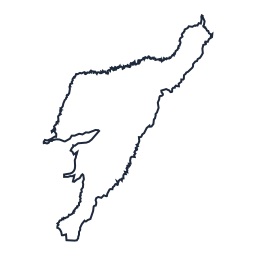 the district of Armenia, Quindío, Colombia
{"feature_id": "7082276B37596185991621", "entity_name": "Armenia", "entity_type": "district", "adm_level": 2, "iso_a3": "COL", "parent_name": "Colombia", "parent_adm1": "Quindío", "projection": "robinson", "projection_center": [-75.71, 4.492], "detail": "fine", "context": "isolated", "style": "outline", "palette": "slate", "viewbox_px": 256, "rotation_deg": 0, "n_neighbors": 0, "source": "geoboundaries", "source_scale": "gbopen_adm2", "svg_char_len": 5654}
<svg xmlns="http://www.w3.org/2000/svg" viewBox="0 0 256 256"><path d="M101.2,71.8L101.3,73.1L100.2,73.2L99.1,72.3L97.4,72.4L96.8,73.8L95.1,71.6L94.5,71.6L94.3,72.5L93.7,72.8L93.0,71.4L91.9,71.3L91.0,70.6L90.5,71.1L90.9,72.4L89.8,72.0L89.1,72.8L87.9,72.4L85.7,74.1L85.1,73.9L85.3,72.7L84.7,72.8L84.2,72.2L81.4,73.4L80.0,72.9L77.5,74.2L76.2,74.0L75.3,76.2L74.6,76.6L74.9,76.9L74.5,77.7L73.7,77.5L72.9,78.6L72.5,79.5L72.8,80.3L71.7,82.0L72.1,83.4L70.4,83.9L69.9,85.6L70.4,86.6L69.5,87.0L69.9,88.9L69.2,93.1L68.1,95.0L67.2,94.8L66.7,95.4L66.9,97.2L66.2,97.7L66.0,98.8L64.7,100.2L63.4,103.3L62.7,106.4L61.3,108.2L60.5,108.2L60.7,109.6L61.3,109.9L60.3,110.3L60.9,111.2L60.2,111.8L60.5,113.0L59.9,113.6L60.6,114.3L58.7,115.5L58.1,116.5L58.5,121.3L57.9,121.3L57.7,122.4L57.3,121.7L56.6,122.0L56.1,124.5L54.9,125.3L54.0,126.7L55.1,128.5L55.3,129.8L55.0,130.0L53.7,129.1L53.1,130.0L51.6,130.9L51.9,132.1L53.2,130.9L54.4,131.2L56.3,134.0L56.1,136.8L54.6,136.7L51.2,138.9L47.3,140.5L44.9,139.9L43.7,141.9L43.8,143.1L45.4,142.8L46.2,143.3L47.6,143.3L48.8,142.6L49.7,140.8L51.9,141.0L52.5,140.2L56.2,139.3L59.5,139.5L64.1,141.3L65.2,141.3L69.9,138.7L71.7,135.7L74.6,135.7L79.1,133.8L82.5,134.4L85.8,132.4L88.7,132.6L95.5,130.0L98.3,130.2L99.1,131.0L91.6,139.6L89.1,141.6L86.4,142.6L78.1,143.3L74.8,145.8L73.2,145.3L73.1,146.9L71.8,148.2L70.6,150.6L72.4,151.7L73.7,154.5L77.3,151.9L76.7,154.2L76.3,154.0L75.8,157.5L74.8,160.1L75.1,166.1L74.8,168.8L74.0,170.7L72.4,172.5L70.3,173.5L64.1,174.5L64.1,176.9L67.9,176.9L70.2,176.1L72.1,176.2L74.4,175.2L72.9,181.5L74.2,181.8L76.7,179.6L79.7,178.1L81.6,175.0L82.5,174.3L83.3,175.2L83.9,179.2L82.7,182.2L83.2,184.1L82.9,187.4L81.3,189.5L81.8,191.9L80.5,193.2L80.7,194.3L80.2,195.1L80.7,195.7L79.8,196.7L80.7,198.4L80.1,199.7L80.6,201.5L79.1,202.7L78.9,205.4L77.0,206.4L77.3,207.5L75.7,208.2L74.5,210.2L73.9,210.5L74.3,211.4L73.4,211.8L73.7,212.8L72.8,212.9L72.5,213.6L70.3,214.9L69.0,214.7L68.3,216.5L67.5,217.2L66.3,217.4L65.2,218.2L63.7,217.8L63.4,219.2L62.2,218.6L61.5,220.2L60.0,220.4L59.2,221.3L58.9,222.4L57.4,223.5L58.5,224.8L57.5,225.8L57.3,227.8L58.7,228.3L60.0,229.6L61.2,231.9L61.9,235.2L62.9,235.3L66.0,234.4L66.5,240.2L74.6,240.6L76.8,240.3L78.2,238.2L78.2,236.9L79.0,234.7L79.0,231.9L80.2,229.8L80.1,227.8L81.9,224.0L84.5,220.7L85.3,221.4L86.0,221.4L87.8,220.0L90.4,219.0L93.1,211.1L93.7,206.5L94.3,205.8L95.7,205.6L96.1,204.5L96.3,202.3L95.6,200.1L96.3,198.1L98.2,197.0L101.4,197.8L103.8,195.3L106.2,196.2L106.8,196.1L107.4,193.6L109.5,189.6L110.3,189.1L112.4,189.2L112.9,187.1L114.1,186.2L115.3,184.2L115.9,184.0L117.3,184.9L117.8,184.7L117.9,183.5L117.1,181.4L118.3,182.3L119.0,180.5L120.1,179.5L120.8,179.4L121.8,180.5L122.0,178.6L123.5,178.4L123.3,175.9L123.7,174.6L124.2,174.0L125.8,174.1L125.0,171.8L127.3,172.3L127.0,171.0L127.4,170.1L126.5,168.4L126.9,167.7L127.6,167.8L127.4,165.7L127.9,165.5L129.0,166.5L129.9,165.3L129.0,163.6L130.6,163.5L130.1,160.6L130.7,157.5L132.0,156.7L134.7,157.0L134.1,155.0L135.4,153.6L134.4,152.2L135.2,150.8L137.1,149.6L137.1,149.1L135.9,148.9L135.7,148.0L138.0,146.1L136.7,144.8L138.2,144.0L139.3,141.1L138.9,137.1L140.6,137.1L141.3,136.7L142.3,134.4L144.1,133.1L146.7,128.0L149.5,125.6L149.9,126.7L151.5,126.5L153.4,124.0L153.9,119.4L155.0,118.3L155.7,115.2L155.5,114.2L157.0,112.3L158.6,107.9L157.8,102.6L159.2,99.3L159.4,97.1L160.1,96.0L161.8,95.8L162.9,94.8L162.8,93.8L161.5,92.2L161.3,90.6L166.2,89.1L169.3,90.5L170.5,92.1L171.7,92.0L172.1,91.6L172.2,88.9L173.2,87.8L174.8,87.7L175.0,86.6L176.0,85.6L176.7,86.1L178.9,86.3L178.7,83.7L181.3,81.8L181.3,79.5L183.1,79.6L183.8,78.9L184.0,75.2L185.9,73.5L186.2,72.6L188.0,71.8L192.4,67.6L193.0,66.4L193.1,64.1L195.3,61.5L197.0,61.0L197.7,59.1L200.0,57.8L201.4,55.7L202.8,53.2L202.4,48.6L203.3,44.9L205.8,44.2L205.9,43.5L205.1,42.4L205.4,41.6L207.8,41.8L208.9,39.1L212.0,37.1L212.3,34.0L211.0,35.2L211.1,34.4L209.0,33.3L208.3,31.0L207.0,30.6L205.9,28.4L204.8,27.7L205.0,27.2L203.5,26.7L203.2,26.0L203.9,25.0L204.6,21.2L202.6,16.9L202.7,15.9L201.8,15.4L201.3,16.8L201.6,19.3L200.8,23.6L198.7,23.2L197.5,25.5L196.1,25.3L195.5,25.8L194.7,25.5L192.3,26.8L188.8,26.3L187.6,28.1L184.7,29.5L184.4,31.3L183.8,31.7L183.6,32.6L182.6,33.1L181.8,34.6L182.5,36.6L180.2,38.4L179.5,40.9L180.2,41.2L180.5,42.8L179.5,45.7L178.6,45.9L178.2,47.4L178.6,47.9L178.0,48.2L177.6,49.6L175.7,51.0L174.8,53.9L174.1,53.5L173.8,54.1L173.8,55.4L172.6,55.0L170.4,57.9L169.5,57.5L169.1,58.5L167.4,58.4L166.7,59.0L166.4,58.4L165.3,59.1L164.1,58.3L164.0,59.9L162.2,61.0L161.8,59.8L161.5,60.9L160.6,59.5L160.1,60.4L159.6,60.3L159.6,59.1L155.4,59.9L155.3,58.6L154.3,58.6L153.9,57.8L153.2,58.7L152.2,57.8L151.2,58.9L150.6,58.9L149.9,58.4L150.0,57.6L149.1,57.5L149.1,56.6L148.5,56.4L147.3,58.1L145.4,57.2L144.5,58.9L144.3,57.7L143.2,58.1L142.9,59.3L140.7,60.3L140.1,61.6L139.4,60.2L138.8,60.2L138.9,61.0L138.2,60.9L138.1,61.7L138.8,62.2L138.4,62.7L139.2,63.1L138.8,63.7L137.1,63.6L136.0,64.5L135.3,64.5L134.6,61.5L134.1,62.1L134.0,63.8L133.1,64.1L132.6,65.5L132.4,63.0L131.7,63.4L130.9,63.1L130.5,63.8L130.5,66.1L129.8,67.1L129.4,67.0L129.4,66.0L128.7,65.6L128.2,65.8L128.3,66.7L127.6,66.6L128.0,65.5L127.6,65.1L126.7,66.2L125.4,66.0L124.7,67.1L124.0,66.5L124.1,68.0L122.7,68.8L122.3,67.2L121.4,66.6L120.2,66.9L119.9,65.9L118.5,68.0L118.1,68.0L118.3,66.8L117.6,67.1L116.1,69.4L115.5,68.8L115.5,67.2L115.1,67.0L114.7,67.5L115.0,69.8L114.5,69.9L114.0,69.1L113.4,70.1L113.0,69.8L113.3,68.5L111.8,67.4L111.4,68.1L110.7,68.0L110.9,69.2L110.0,69.9L110.0,70.9L108.9,70.1L107.6,70.9L107.5,71.9L108.2,72.9L107.9,73.5L107.0,72.3L106.5,72.6L106.9,73.3L106.3,73.4L104.9,71.4L103.7,72.1L102.8,70.9L102.1,72.4L101.2,71.8Z" fill="none" stroke="#1e293b" stroke-width="2"/></svg>